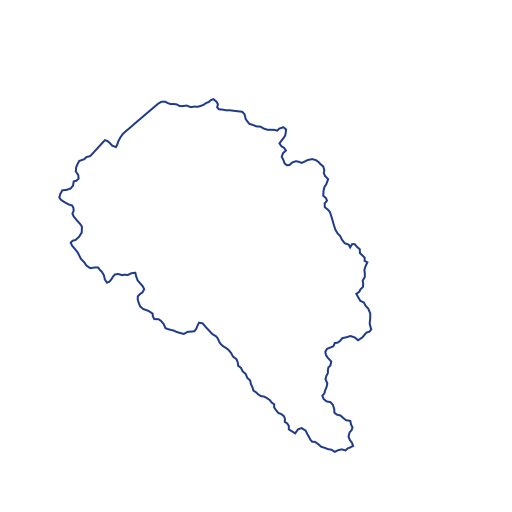 outline of Licínio de Almeida, Bahia, Brazil, rotated 310°
{"feature_id": "56859067B49483599341096", "entity_name": "Licínio de Almeida", "entity_type": "district", "adm_level": 2, "iso_a3": "BRA", "parent_name": "Brazil", "parent_adm1": "Bahia", "projection": "mercator", "projection_center": [-42.478, -14.613], "detail": "fine", "context": "isolated", "style": "outline", "palette": "blue", "viewbox_px": 512, "rotation_deg": 310, "n_neighbors": 0, "source": "geoboundaries", "source_scale": "gbopen_adm2", "svg_char_len": 4175}
<svg xmlns="http://www.w3.org/2000/svg" viewBox="0 0 512 512"><g transform="rotate(310 256 256)"><path d="M196.0,68.4L192.3,70.6L188.6,70.6L184.9,68.4L181.8,65.4L177.7,66.2L174.4,67.7L173.7,70.3L174.0,73.7L175.0,79.1L176.5,82.6L175.4,85.3L173.5,87.2L170.5,88.1L169.1,90.8L168.1,96.4L167.4,101.1L166.6,103.8L162.0,107.4L156.9,108.1L152.4,107.5L149.8,105.7L147.1,105.5L145.7,108.5L144.9,113.1L144.0,117.4L141.3,123.6L140.7,128.8L139.7,132.1L140.1,136.8L143.6,139.9L145.7,142.4L145.0,145.3L144.8,148.1L143.5,151.8L140.8,155.4L139.8,159.0L142.2,160.2L145.0,160.2L148.4,159.7L151.2,159.8L153.7,162.1L155.2,165.7L157.5,167.6L158.9,170.0L162.7,171.6L165.6,174.3L163.3,177.4L161.2,181.0L160.0,188.7L158.7,191.7L155.1,192.4L152.3,191.6L149.1,191.4L146.7,193.3L144.9,196.0L142.9,199.6L142.9,203.8L144.2,207.0L145.0,209.9L145.4,213.9L143.5,215.7L142.3,218.6L145.0,222.1L145.2,225.3L144.5,229.2L142.5,233.0L143.8,236.5L145.9,240.7L146.7,243.6L147.8,246.4L149.9,250.8L154.0,252.4L156.6,255.1L158.8,257.2L162.0,257.0L164.9,256.0L168.3,255.2L170.1,258.4L169.2,263.6L168.7,268.2L168.1,272.7L168.8,277.0L168.3,279.6L166.4,283.6L165.8,286.3L165.8,289.4L166.3,292.3L166.4,295.1L165.7,299.3L164.2,302.9L164.4,307.4L162.7,310.5L160.4,313.0L160.7,316.3L159.1,319.8L159.0,323.9L157.0,327.9L156.9,331.5L154.5,334.6L153.2,337.6L151.2,340.6L151.6,343.5L151.4,346.7L151.9,350.0L153.5,352.5L154.1,355.3L154.5,359.1L153.8,362.4L154.1,365.3L151.7,367.1L150.8,370.4L150.1,374.0L151.2,377.2L151.2,380.6L149.7,383.0L147.4,384.7L147.8,387.4L147.0,390.3L144.3,392.6L144.9,397.0L145.3,400.0L150.3,399.6L153.5,401.6L154.1,406.4L152.4,410.1L151.5,412.8L150.3,415.5L149.8,418.3L151.5,420.7L151.9,424.6L151.8,428.8L153.2,431.8L154.3,435.3L156.1,438.3L156.6,442.2L160.3,443.9L163.0,446.0L164.6,449.5L167.5,449.9L170.1,451.3L172.9,452.5L174.6,449.6L175.4,446.0L177.3,442.8L181.1,441.1L184.0,441.2L186.6,440.2L188.1,437.0L190.3,434.2L188.1,430.6L188.0,427.3L188.1,423.3L186.4,419.7L186.4,416.7L188.9,414.5L191.4,410.6L191.9,406.9L190.0,403.6L189.9,399.8L191.6,396.6L194.7,396.7L197.3,395.4L200.7,394.4L204.2,392.6L206.4,388.3L209.3,387.0L212.6,386.3L214.7,384.5L217.1,383.1L219.9,383.4L223.5,381.5L224.2,376.3L225.1,373.3L227.1,370.7L230.6,370.1L234.1,372.0L236.5,373.3L240.0,372.3L242.0,374.2L245.1,375.0L248.6,374.9L251.3,377.1L255.5,379.9L257.1,384.1L257.0,388.3L261.9,389.8L264.7,389.8L268.2,389.8L270.9,391.5L273.8,391.5L275.3,389.3L277.3,386.5L281.5,383.7L285.4,380.5L287.9,375.7L288.2,372.2L289.7,368.5L288.7,364.7L290.0,361.0L291.5,357.2L294.9,358.1L297.4,357.5L301.1,357.8L303.4,356.2L305.8,353.5L309.8,352.9L312.9,350.3L314.8,348.1L318.5,346.5L322.7,345.4L322.1,342.3L324.6,340.3L324.8,336.9L325.0,333.8L327.9,331.1L327.9,327.6L328.5,324.0L326.9,322.0L323.1,322.6L324.3,319.8L322.8,315.7L323.8,311.2L325.4,307.7L325.7,304.2L326.9,300.5L328.8,297.2L330.6,294.5L332.1,292.3L334.0,289.5L335.7,286.7L337.2,284.4L337.7,281.1L337.6,277.3L340.4,274.8L344.0,274.8L345.3,272.5L345.4,268.8L349.5,265.7L353.1,264.0L355.9,263.8L358.3,262.9L361.2,261.9L361.7,257.5L363.1,254.6L365.8,253.1L367.8,249.9L367.8,246.4L368.2,243.4L367.9,240.2L366.3,236.7L362.7,233.9L359.2,232.4L356.6,231.1L355.8,228.5L354.3,225.7L350.9,223.6L347.2,223.2L345.4,221.3L345.3,218.4L346.9,215.7L348.6,211.9L352.0,210.6L356.1,211.1L356.9,208.0L356.4,205.0L357.3,201.6L360.4,201.4L363.3,201.3L366.8,201.0L369.4,199.6L372.3,197.7L372.2,194.1L368.6,192.0L365.6,191.6L364.5,189.1L362.1,186.1L360.2,183.9L358.6,180.0L357.9,176.1L355.7,173.3L354.4,169.5L353.0,165.9L353.5,163.1L354.3,160.1L357.2,156.1L357.6,152.7L352.4,144.8L350.7,142.1L348.6,139.8L346.6,136.2L344.5,133.2L345.0,130.6L347.8,129.3L348.8,126.4L348.8,122.5L346.3,121.2L343.5,120.8L341.1,119.4L338.3,118.7L335.4,117.2L332.6,115.2L331.1,113.0L328.1,110.3L326.6,106.1L323.4,103.2L321.8,101.1L321.2,97.9L319.5,95.2L317.6,93.1L316.5,90.4L315.8,87.2L313.4,84.4L309.6,83.1L292.1,80.1L279.0,77.9L273.1,77.0L266.9,75.9L263.7,75.5L259.7,75.9L255.4,76.8L252.2,78.1L249.4,78.7L248.1,74.9L248.6,71.1L248.6,68.2L247.6,65.8L226.0,64.8L222.8,62.5L219.7,62.2L215.2,59.5L211.7,60.2L208.4,61.2L205.0,63.5L203.7,67.9L201.2,70.4L198.1,70.0L196.0,68.4Z" fill="none" stroke="#1e3a8a" stroke-width="2"/></g></svg>